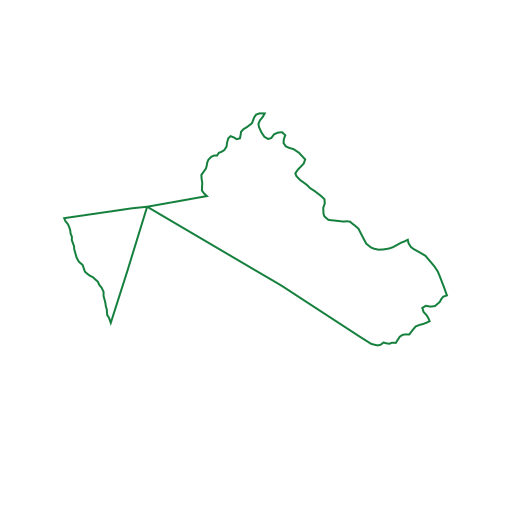 Vigia, Pará, Brazil, rotated 119°
{"feature_id": "56859067B98981915099258", "entity_name": "Vigia", "entity_type": "district", "adm_level": 2, "iso_a3": "BRA", "parent_name": "Brazil", "parent_adm1": "Pará", "projection": "albers", "projection_center": [-48.119, -0.944], "detail": "fine", "context": "isolated", "style": "outline", "palette": "green", "viewbox_px": 512, "rotation_deg": 119, "n_neighbors": 0, "source": "geoboundaries", "source_scale": "gbopen_adm2", "svg_char_len": 2165}
<svg xmlns="http://www.w3.org/2000/svg" viewBox="0 0 512 512"><g transform="rotate(119 256 256)"><path d="M127.1,317.5L129.5,322.0L132.2,324.4L135.4,324.8L141.9,323.9L147.8,326.5L151.0,328.4L154.5,329.3L157.4,328.2L160.9,327.1L163.2,329.6L163.0,332.6L163.5,336.3L166.5,337.3L170.8,336.3L174.6,334.8L178.7,335.1L181.5,336.6L183.7,338.5L187.0,338.8L188.5,341.4L190.9,343.2L194.8,344.3L197.8,344.0L200.5,343.0L203.7,342.2L211.5,343.1L214.7,341.1L218.2,338.4L224.9,335.1L226.4,332.0L227.4,328.0L265.7,375.1L268.6,260.1L268.8,252.5L269.3,229.6L269.6,218.9L276.3,125.4L277.0,112.7L276.1,109.1L275.2,106.2L273.2,104.0L269.8,102.5L269.2,99.7L268.1,96.8L265.9,95.0L264.2,91.6L260.6,91.4L256.8,91.1L253.8,89.5L252.1,87.2L250.3,83.9L244.8,83.1L240.2,82.2L236.9,79.5L234.5,76.9L231.6,74.5L228.9,72.5L226.8,75.1L225.0,78.3L223.7,82.3L220.8,85.4L217.1,83.2L215.8,79.0L213.0,75.2L207.0,73.0L204.2,73.1L200.9,72.6L197.9,69.9L192.2,76.4L184.6,85.5L181.5,89.4L178.6,94.9L173.7,107.8L173.5,114.0L173.5,117.3L173.5,121.7L173.0,125.0L170.8,128.9L168.2,131.1L171.4,133.3L173.8,135.4L181.9,140.5L184.9,143.2L188.4,147.6L191.0,151.7L192.4,156.2L192.8,159.7L191.8,165.4L188.9,170.0L186.0,174.3L184.3,176.9L182.5,179.5L181.5,183.8L181.0,187.4L180.4,190.4L181.5,193.2L183.5,196.2L186.0,202.3L189.3,210.1L188.2,215.4L186.1,217.6L181.3,220.5L176.6,221.4L173.2,223.6L172.0,228.1L171.5,231.4L170.8,236.0L170.4,241.7L169.3,245.4L168.7,249.3L168.2,254.0L166.6,259.3L164.6,261.7L159.9,261.2L155.7,260.0L152.0,259.1L147.7,259.8L144.9,268.4L144.3,274.9L145.3,279.1L145.7,283.1L143.9,286.6L140.4,288.3L136.2,288.9L135.1,293.2L137.5,296.7L140.8,299.2L145.3,299.8L147.8,302.1L147.7,306.4L145.3,311.1L141.7,316.0L139.1,318.0L135.4,318.3L130.8,317.5L127.1,317.5ZM384.9,350.6L331.7,361.2L265.7,375.1L274.4,387.6L315.9,442.1L317.8,439.7L319.4,435.9L321.1,433.6L323.4,431.1L326.2,429.1L328.5,426.3L331.4,424.8L335.7,419.9L338.3,418.2L344.5,412.0L346.9,408.1L347.9,403.3L352.6,398.1L353.3,395.3L353.8,391.5L353.6,388.6L355.2,381.8L357.3,379.0L358.5,375.8L361.3,371.9L364.8,370.0L369.8,365.2L372.7,363.0L375.1,360.6L379.8,357.5L381.2,354.8L384.9,350.6Z" fill="none" stroke="#15803d" stroke-width="2"/></g></svg>